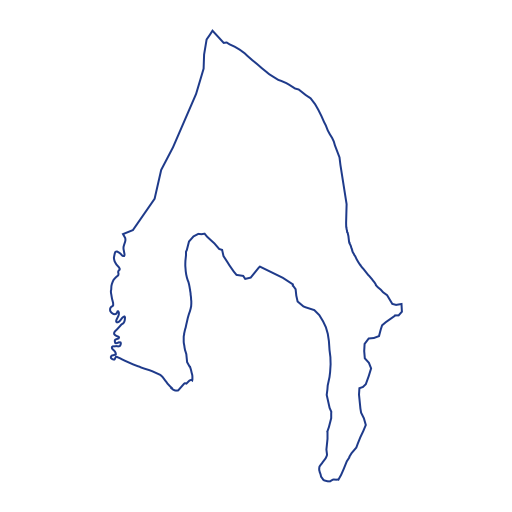 outline of Qaflat Odhar, Amran, Yemen
{"feature_id": "15242507B49848325615271", "entity_name": "Qaflat Odhar", "entity_type": "district", "adm_level": 2, "iso_a3": "YEM", "parent_name": "Yemen", "parent_adm1": "Amran", "projection": "equal_earth", "projection_center": [43.669, 16.289], "detail": "fine", "context": "isolated", "style": "outline", "palette": "blue", "viewbox_px": 512, "rotation_deg": 0, "n_neighbors": 0, "source": "geoboundaries", "source_scale": "gbopen_adm2", "svg_char_len": 6040}
<svg xmlns="http://www.w3.org/2000/svg" viewBox="0 0 512 512"><path d="M152.4,371.3L160.1,374.8L160.9,375.4L162.5,376.9L163.8,378.6L165.1,380.4L166.4,382.0L167.5,383.6L170.1,386.4L171.7,387.9L171.4,388.2L173.1,389.6L174.8,390.4L176.0,390.6L177.9,390.5L178.2,390.4L184.1,383.7L185.0,383.2L186.4,383.6L189.3,380.7L190.2,380.2L191.2,379.9L191.8,380.1L192.2,380.4L192.4,379.4L192.4,376.7L192.3,375.4L192.2,374.8L191.5,372.2L191.3,371.2L190.9,369.6L190.0,366.7L189.6,366.6L187.1,362.1L186.3,354.1L185.6,351.8L185.0,350.0L184.9,349.3L184.6,347.9L184.3,345.7L183.8,343.0L183.7,341.7L183.7,338.0L183.7,336.7L183.9,335.3L184.1,334.6L184.1,333.8L184.8,330.6L185.3,328.6L185.6,327.8L186.4,324.0L186.6,323.2L186.9,321.9L187.8,317.9L188.6,315.1L188.8,314.5L189.0,313.8L189.9,311.3L190.7,308.4L190.9,307.3L191.1,306.6L191.3,303.8L191.3,301.1L191.1,299.5L191.0,297.3L190.6,294.4L190.6,293.7L190.3,291.5L190.1,290.8L190.1,289.9L189.8,288.5L189.6,287.2L189.1,284.6L188.7,283.0L188.4,281.9L187.7,280.2L186.9,277.6L186.2,274.5L185.7,271.1L185.6,269.6L185.3,265.9L185.3,263.7L185.4,260.9L186.0,255.2L186.0,251.8L186.9,249.8L187.0,249.3L189.0,241.5L193.5,236.4L198.3,233.9L201.5,234.2L204.6,233.7L207.0,236.6L210.0,239.4L214.4,243.4L219.2,249.0L222.1,249.9L223.5,256.1L227.6,262.4L229.4,265.3L233.7,271.5L236.5,274.9L243.2,275.9L245.2,278.9L250.7,277.6L258.8,267.6L259.9,266.6L282.8,277.8L292.9,284.4L292.8,285.7L293.2,285.9L295.6,289.2L296.3,295.7L297.6,301.5L303.4,306.4L305.6,307.3L314.3,310.1L319.3,315.1L323.1,321.4L325.9,327.3L327.8,333.9L328.9,341.1L329.5,349.9L330.4,357.2L330.6,364.4L330.1,372.2L329.5,377.1L327.7,385.5L327.4,389.5L326.7,394.9L329.6,407.9L331.3,411.8L331.2,413.1L331.2,418.2L328.9,427.1L327.3,431.7L327.5,431.9L327.5,438.9L326.8,445.7L326.4,449.5L327.0,454.4L327.0,454.8L326.8,455.7L325.9,457.8L325.2,458.9L322.6,462.3L321.9,463.4L321.1,464.3L320.0,465.8L319.5,466.6L319.3,467.4L319.3,468.2L319.2,468.4L319.2,470.0L319.3,470.1L319.5,471.2L319.7,471.8L319.7,472.1L319.9,472.5L320.6,474.5L321.1,476.7L323.0,479.3L323.0,479.5L324.2,480.4L327.7,481.3L330.2,481.3L331.5,480.4L333.3,479.5L334.3,479.5L334.7,479.6L336.8,479.7L337.0,479.6L337.4,479.5L337.8,479.5L338.4,479.7L341.1,474.9L343.7,469.0L346.8,461.3L349.3,457.5L349.4,456.7L351.6,453.1L356.3,447.6L357.9,443.3L360.4,437.1L363.3,431.0L365.8,425.0L363.9,418.3L361.1,412.7L360.4,408.5L359.0,394.6L359.4,388.2L362.9,387.0L365.8,384.2L368.7,376.2L371.1,368.4L368.9,362.8L364.8,358.3L364.2,351.1L364.6,343.9L368.7,338.5L373.9,338.0L379.0,336.1L380.8,329.3L382.1,325.3L385.9,322.1L395.0,315.7L395.1,315.4L398.6,315.4L401.9,311.7L401.5,304.0L396.1,304.9L392.3,303.9L387.1,295.2L383.0,292.2L380.8,289.7L377.9,287.3L375.9,285.2L375.9,284.8L375.8,284.6L375.6,284.2L374.8,282.9L374.1,281.9L372.9,280.5L372.0,279.2L371.8,279.0L369.0,275.7L368.3,275.1L364.2,269.9L362.9,268.3L362.5,268.0L362.0,267.3L361.5,266.8L361.4,266.6L361.2,266.3L360.7,265.6L360.5,265.2L360.3,265.2L360.1,264.9L360.1,264.7L359.5,264.0L358.1,261.8L356.5,259.0L355.3,256.4L355.0,255.9L354.4,255.2L353.9,254.0L353.3,253.1L352.5,251.6L352.3,250.8L352.3,250.6L352.2,250.5L352.2,250.1L352.0,249.8L351.8,248.8L351.6,248.6L351.0,246.7L351.0,246.4L350.6,245.6L350.6,245.4L349.6,243.5L349.6,243.0L349.4,242.9L349.4,242.4L349.1,242.1L348.4,236.1L347.6,232.6L347.1,232.1L347.0,230.6L346.9,230.2L346.8,229.9L346.7,229.7L346.5,228.5L346.5,228.4L346.5,227.9L346.4,227.8L346.4,227.2L346.2,227.0L346.1,222.8L346.6,204.2L340.4,164.8L339.5,157.4L334.9,145.3L333.8,141.5L332.1,137.9L329.8,134.2L327.8,130.5L325.8,125.4L324.0,121.9L321.4,116.0L318.3,109.8L315.1,104.2L310.6,98.3L305.9,95.2L298.7,89.5L295.0,88.5L289.1,84.7L286.3,83.1L281.2,80.9L278.3,79.9L273.0,76.6L269.2,74.2L261.6,68.0L256.9,63.9L252.3,60.2L247.2,55.7L244.7,53.3L239.6,49.6L234.7,46.7L229.5,44.3L226.7,42.5L223.7,42.9L212.5,30.7L209.8,34.9L207.2,38.6L206.6,39.5L204.1,54.5L203.6,68.7L196.1,93.9L173.0,147.3L161.2,169.9L154.6,198.8L132.9,230.1L123.0,234.1L125.2,238.0L125.4,239.2L125.4,240.4L125.1,241.8L124.1,244.8L123.5,247.0L123.5,248.9L124.5,254.2L124.5,255.0L124.3,255.6L124.1,256.0L123.4,256.0L122.7,255.9L121.9,255.3L120.9,254.1L119.5,252.9L118.3,252.2L117.1,251.5L116.4,251.5L115.7,251.8L115.2,252.2L114.7,253.7L114.3,255.6L113.9,257.8L114.1,259.3L114.6,261.3L115.4,262.8L116.4,264.5L119.0,267.4L119.7,268.8L119.7,269.2L119.6,269.7L119.0,270.2L118.4,271.1L118.2,271.8L118.2,272.5L118.5,273.7L118.4,274.6L118.2,275.3L117.9,275.6L116.3,276.9L115.0,278.2L113.6,279.8L112.8,281.5L111.9,283.9L111.4,286.0L111.2,289.6L110.9,291.0L110.9,291.4L111.0,293.1L111.2,294.0L112.0,298.7L113.1,302.9L113.2,305.1L112.8,305.8L112.6,306.1L112.0,306.4L111.3,306.8L110.8,307.4L110.3,308.2L110.1,309.0L110.1,310.0L110.2,310.9L110.9,312.0L111.6,312.8L113.4,314.0L114.2,314.2L115.3,314.1L116.0,313.9L116.5,313.3L117.0,312.6L117.6,311.3L118.2,311.3L118.4,311.6L118.9,312.8L118.8,314.6L118.2,316.3L116.7,319.3L116.3,320.3L116.2,321.0L116.2,321.5L116.3,321.8L116.9,322.3L117.5,322.3L118.2,322.1L119.1,321.6L120.1,320.6L122.1,318.0L123.4,316.9L124.1,316.6L124.5,316.5L124.8,316.9L125.0,317.5L124.9,319.0L124.7,320.3L124.3,321.7L123.6,322.9L122.9,323.6L122.1,324.0L121.1,324.8L120.2,325.9L116.9,329.5L115.2,331.1L114.6,331.9L114.3,332.4L114.1,333.5L114.3,334.3L115.1,335.1L116.4,335.9L118.4,336.7L118.8,337.0L119.0,337.3L118.9,337.7L118.6,338.4L117.9,338.7L116.3,339.2L115.3,339.7L114.9,340.2L114.8,341.1L115.1,342.6L115.4,343.1L116.0,343.2L117.0,343.1L117.6,342.8L118.2,342.7L118.7,342.3L120.2,342.3L120.6,342.5L120.8,343.2L120.8,343.8L120.5,344.9L120.0,345.8L119.6,346.1L118.3,346.4L116.5,346.1L114.9,346.3L114.2,346.3L112.7,346.4L112.0,347.0L111.9,347.5L112.0,348.3L112.5,349.1L114.3,350.8L115.0,351.7L115.5,352.6L115.8,353.8L115.8,354.4L115.4,354.8L114.6,354.8L113.5,355.2L112.0,355.5L111.2,356.2L110.9,356.8L110.9,357.5L111.1,358.2L112.3,359.1L113.5,359.5L114.4,359.5L115.0,358.7L115.4,357.7L115.9,356.9L116.7,356.8L120.7,358.6L121.3,359.0L124.8,360.7L133.1,364.4L137.8,366.2L139.5,366.7L141.1,367.5L144.3,368.6L149.5,370.2L152.4,371.3Z" fill="none" stroke="#1e3a8a" stroke-width="2"/></svg>